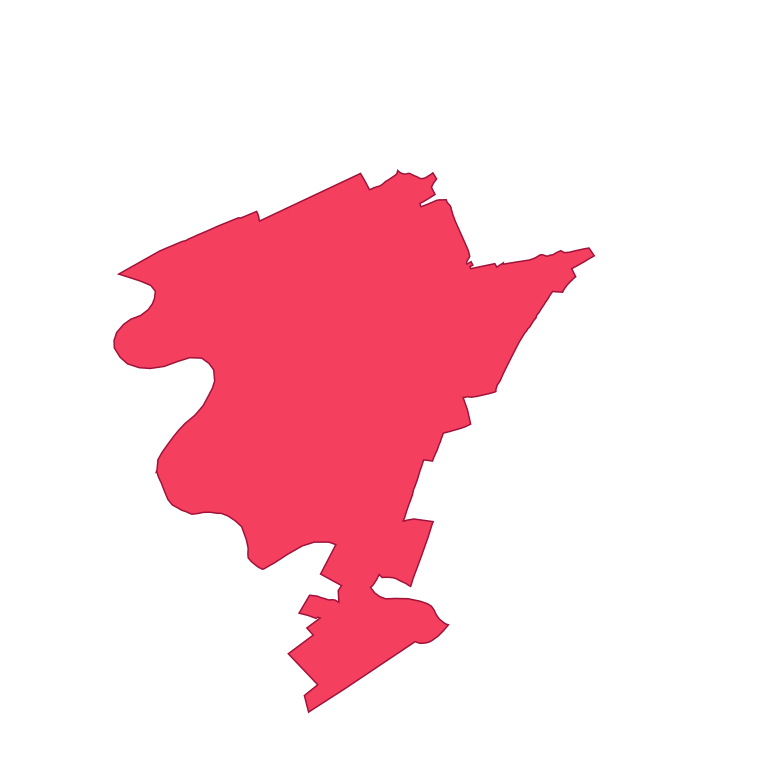 the district of Teasc, Dolj, Romania, rotated 326°
{"feature_id": "2599482B57508390808222", "entity_name": "Teasc", "entity_type": "district", "adm_level": 2, "iso_a3": "ROU", "parent_name": "Romania", "parent_adm1": "Dolj", "projection": "robinson", "projection_center": [23.888, 44.168], "detail": "fine", "context": "isolated", "style": "filled", "palette": "rose", "viewbox_px": 768, "rotation_deg": 326, "n_neighbors": 0, "source": "geoboundaries", "source_scale": "gbopen_adm2", "svg_char_len": 5655}
<svg xmlns="http://www.w3.org/2000/svg" viewBox="0 0 768 768"><g transform="rotate(326 384 384)"><path d="M302.8,619.6L301.0,617.5L299.7,614.2L298.4,609.7L298.3,604.4L299.1,599.7L299.0,594.7L297.3,590.7L292.6,584.4L283.9,575.5L273.3,568.0L265.3,563.1L261.5,557.7L259.5,552.1L259.1,545.2L262.7,544.5L268.6,542.0L272.6,539.7L273.4,539.2L273.5,540.2L273.8,541.4L274.1,542.4L274.3,543.5L275.8,544.2L278.2,545.8L279.9,547.0L281.6,548.4L283.3,549.8L285.3,552.3L286.7,555.1L289.7,560.1L290.9,562.3L291.7,564.5L292.9,566.7L296.3,564.0L298.4,562.2L303.7,558.4L309.9,554.0L319.0,547.4L324.3,543.5L335.2,535.4L344.7,527.8L346.9,526.2L347.8,525.6L335.5,514.6L333.7,512.9L333.2,512.6L332.1,512.1L328.2,510.3L327.0,509.8L325.1,509.2L323.9,508.7L323.4,508.5L323.2,508.3L326.5,506.3L327.9,505.1L331.4,502.2L337.0,498.0L341.4,494.9L345.8,491.6L349.1,488.4L350.6,487.2L351.7,486.7L353.0,485.7L358.1,482.0L362.6,478.3L365.1,476.2L368.7,473.6L370.0,472.6L374.4,469.1L377.2,471.5L381.1,475.0L383.0,473.6L386.2,471.5L388.7,469.9L390.0,469.3L392.1,467.8L395.2,465.4L398.7,463.2L400.3,461.8L401.5,460.9L402.2,460.5L405.7,457.9L411.8,460.1L420.7,463.0L426.6,464.7L433.4,465.7L438.7,452.2L440.6,444.9L442.0,439.6L442.1,439.4L443.2,440.1L444.2,440.5L445.3,440.8L446.0,441.2L449.1,443.8L450.0,444.3L451.2,444.8L454.0,446.2L457.6,447.6L465.4,450.6L470.1,452.2L471.3,452.6L472.6,452.7L473.9,450.9L475.0,450.1L477.5,448.0L479.0,447.6L480.9,446.8L483.0,445.7L486.4,443.5L492.3,440.0L503.1,433.9L518.8,425.2L525.5,422.1L528.6,420.7L531.4,419.8L533.4,419.1L534.3,418.5L535.5,418.5L537.0,418.1L538.3,417.5L540.2,416.6L542.6,415.6L544.3,414.9L545.4,414.6L546.7,414.3L547.5,413.7L548.3,413.0L548.9,412.5L549.3,412.3L549.8,412.1L550.3,412.0L551.3,411.8L552.0,411.5L553.4,411.0L555.0,410.2L556.2,409.7L557.8,409.0L560.1,408.1L563.2,406.7L565.4,405.9L567.8,404.9L569.9,403.9L571.6,403.1L574.9,401.8L575.6,401.6L575.8,401.8L578.8,404.3L579.9,405.0L581.7,406.4L583.4,407.8L584.1,407.4L584.9,406.9L585.4,406.6L585.9,406.3L587.3,405.8L588.0,405.5L589.6,405.0L590.4,404.6L591.2,404.3L594.2,403.7L596.3,403.2L598.0,403.0L600.1,402.5L601.6,402.3L602.9,402.3L604.1,393.3L608.4,393.8L618.1,394.6L625.2,394.9L627.9,395.2L630.0,395.3L630.0,385.9L625.1,383.7L616.8,380.4L613.8,379.3L610.6,378.1L606.9,375.8L605.1,372.3L604.4,372.2L601.5,371.7L599.7,371.4L597.4,371.4L596.5,371.3L596.2,371.2L594.8,370.6L593.7,370.2L592.6,369.7L591.7,369.7L590.8,369.3L590.3,368.8L589.5,367.9L588.9,367.1L588.1,366.0L587.8,365.6L587.3,365.3L586.0,364.4L585.3,364.2L583.9,364.2L583.1,364.2L581.7,364.1L580.4,364.0L578.9,363.8L577.6,363.5L575.5,362.9L574.3,362.7L574.1,362.8L574.0,362.6L573.2,362.2L566.8,359.2L562.0,356.9L559.8,355.9L554.4,353.4L550.0,351.4L549.7,351.1L550.5,350.3L542.9,350.1L543.2,346.2L520.5,336.9L520.8,334.7L524.1,335.2L524.6,331.3L519.9,331.0L520.2,329.6L522.4,328.1L525.2,326.9L526.4,326.2L528.0,322.0L528.7,319.6L531.2,305.7L531.8,302.0L533.1,294.8L533.5,292.3L534.1,289.0L534.6,287.1L535.1,284.9L535.5,283.2L536.0,281.5L537.7,276.2L538.2,275.4L538.4,274.2L538.5,272.5L538.1,270.5L538.0,268.2L538.6,266.0L535.2,263.9L532.5,262.1L529.8,261.0L527.0,260.6L524.2,260.0L521.2,259.5L513.7,257.7L513.8,257.2L513.9,256.5L514.1,256.0L514.5,255.2L514.8,254.4L518.6,254.9L523.1,255.1L528.7,255.3L532.3,255.4L533.0,250.0L533.4,247.4L534.1,247.0L535.7,246.1L538.0,244.9L542.3,243.4L542.6,236.3L539.9,236.5L538.1,236.4L536.1,236.3L533.7,236.2L532.0,235.7L530.5,235.1L529.3,234.2L528.5,233.2L528.0,232.2L527.7,231.4L527.1,230.4L526.4,229.4L525.6,228.3L524.6,226.6L524.2,225.9L523.6,224.8L523.2,224.0L522.8,223.6L522.0,223.1L521.2,222.7L520.5,222.5L519.8,222.3L518.5,221.5L517.8,220.9L517.3,220.4L516.3,219.0L515.9,218.1L515.5,217.4L515.3,216.7L514.9,215.5L514.8,214.7L513.1,216.1L512.6,216.7L511.9,216.9L510.1,217.2L507.0,217.2L503.2,217.2L501.1,217.2L499.3,217.0L498.1,217.0L495.9,217.4L493.6,217.6L491.1,217.4L487.6,216.3L485.2,215.6L483.7,215.5L480.6,214.8L481.6,206.2L482.3,196.3L372.0,179.3L372.8,176.8L373.7,175.2L374.5,172.2L374.9,169.7L360.9,166.9L358.0,166.2L357.0,165.4L355.8,164.7L342.5,161.9L334.9,160.3L323.0,158.2L314.9,156.6L311.0,155.9L308.2,155.5L303.5,154.6L302.9,154.5L302.0,154.5L300.9,154.4L299.2,154.1L298.3,153.7L296.1,152.9L279.4,149.6L272.2,148.3L225.5,144.5L232.4,153.2L239.5,162.3L245.8,172.0L246.3,179.3L241.7,184.6L236.7,188.1L229.9,190.6L220.5,191.1L210.3,188.7L201.4,189.0L191.2,191.8L184.6,196.9L180.6,203.3L180.2,214.2L182.6,223.8L190.1,233.5L198.7,240.3L211.6,246.5L225.4,249.9L237.6,253.5L247.3,260.6L250.4,268.9L250.7,277.1L245.3,286.8L239.4,291.5L230.2,296.5L221.9,300.8L210.1,304.1L196.8,305.5L187.3,307.7L180.1,309.9L171.0,313.1L161.7,316.6L154.2,320.4L148.1,327.9L146.0,329.7L146.8,329.7L145.6,332.7L144.6,337.4L144.0,341.9L142.8,346.8L141.8,351.3L140.3,358.9L140.8,365.6L141.6,367.3L145.7,375.5L148.6,379.3L151.7,384.3L152.4,384.8L158.4,387.8L162.3,389.3L168.2,393.1L173.1,397.6L176.8,400.3L180.9,406.2L184.2,414.3L186.2,422.6L184.7,428.7L182.8,436.2L179.6,444.1L176.0,449.0L174.2,452.2L174.7,456.9L176.6,463.4L177.6,466.1L179.1,468.4L179.3,469.2L180.7,470.1L187.1,470.5L193.5,471.0L209.3,471.3L225.6,472.5L231.6,474.3L237.6,476.0L249.9,484.3L253.6,489.3L254.2,490.3L225.1,506.1L236.1,527.4L230.6,529.6L224.5,539.7L222.6,535.8L220.9,534.2L217.4,532.1L214.6,528.5L212.1,525.6L210.0,522.5L204.2,517.5L185.4,526.5L191.4,533.1L196.6,540.3L198.5,540.1L200.2,542.3L183.6,543.1L184.9,552.6L153.8,554.1L160.9,596.3L143.8,597.7L138.0,613.9L143.0,613.9L179.9,614.7L263.7,615.0L265.8,615.0L267.3,617.3L269.2,619.4L270.9,620.4L273.6,621.9L277.1,623.2L280.8,623.5L284.3,623.4L287.7,623.3L290.6,622.7L295.3,621.8L302.8,619.6Z" fill="#f43f5e" stroke="#9f1239" stroke-width="1.5"/></g></svg>